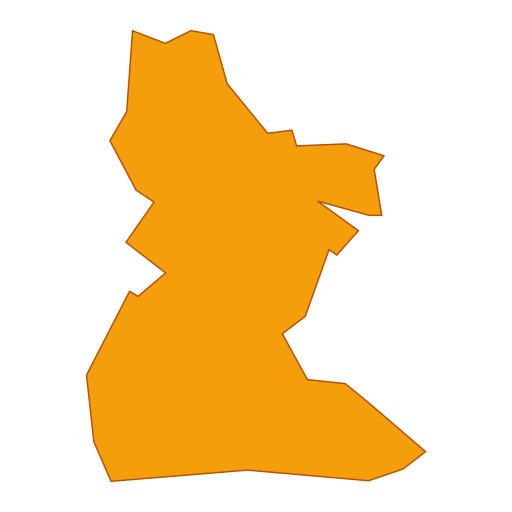 Karposh, Karpoš, North Macedonia
{"feature_id": "65306769B48294308075018", "entity_name": "Karposh", "entity_type": "district", "adm_level": 2, "iso_a3": "MKD", "parent_name": "North Macedonia", "parent_adm1": "Karpoš", "projection": "mercator", "projection_center": [21.399, 42.004], "detail": "fine", "context": "isolated", "style": "filled", "palette": "amber", "viewbox_px": 512, "rotation_deg": 0, "n_neighbors": 0, "source": "geoboundaries", "source_scale": "gbopen_adm2", "svg_char_len": 580}
<svg xmlns="http://www.w3.org/2000/svg" viewBox="0 0 512 512"><path d="M213.4,34.6L190.8,30.7L165.3,43.4L132.6,30.8L126.7,111.6L109.9,140.7L136.1,190.1L154.0,202.1L126.0,242.3L165.6,272.9L138.1,296.4L129.6,291.3L86.5,375.1L93.9,441.8L111.0,481.3L246.9,470.1L368.7,480.7L403.2,468.9L425.5,451.6L367.7,402.0L345.3,383.7L307.4,379.6L282.3,333.7L305.2,316.4L329.0,249.7L336.8,255.1L358.4,230.7L317.5,201.1L368.9,215.3L381.7,215.4L374.2,169.4L383.9,155.8L346.2,143.9L296.6,145.9L291.9,130.2L267.6,133.3L227.2,83.7L213.4,34.6Z" fill="#f59e0b" stroke="#b45309" stroke-width="1.5"/></svg>